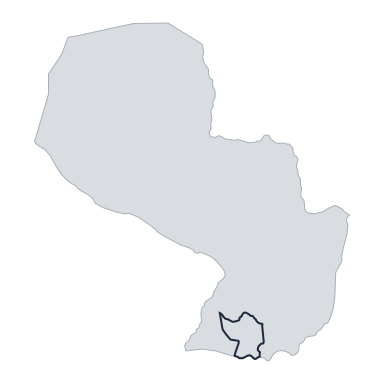 Misiones highlighted on a map of Paraguay
{"feature_id": "PRY-609", "entity_name": "Misiones", "entity_type": "Department", "adm_level": 1, "iso_a3": "PRY", "parent_name": "Paraguay", "parent_adm1": "", "projection": "mercator", "projection_center": [-57.038, -26.955], "detail": "fine", "context": "in_parent", "style": "outline", "palette": "slate", "viewbox_px": 384, "rotation_deg": 0, "n_neighbors": 0, "source": "natural_earth", "source_scale": "10m", "svg_char_len": 4843}
<svg xmlns="http://www.w3.org/2000/svg" viewBox="0 0 384 384"><path d="M202.7,58.0L203.6,60.9L204.1,63.1L205.3,64.7L206.5,66.8L207.8,68.0L208.6,70.0L208.4,72.3L208.9,75.2L209.5,77.7L210.1,78.4L211.9,79.0L212.8,81.3L212.1,82.5L212.4,83.8L213.0,85.1L212.4,86.3L212.8,87.3L214.0,88.2L215.1,91.3L215.2,96.8L214.0,99.7L213.0,102.1L212.7,103.6L213.5,105.7L212.2,108.2L210.7,111.3L211.1,113.4L211.4,115.4L211.5,117.5L211.9,119.5L211.4,121.7L210.9,123.5L210.6,125.7L211.2,128.1L210.1,130.4L209.5,132.0L209.3,133.6L210.4,136.1L213.2,137.2L215.5,137.4L217.6,136.1L219.2,135.7L222.1,136.9L224.9,139.0L228.3,139.3L231.4,139.7L233.8,140.4L237.3,139.6L240.9,140.4L245.1,141.6L248.5,142.7L252.0,142.4L254.6,142.3L257.3,141.1L259.9,141.2L261.9,139.0L263.0,137.2L264.0,135.8L266.9,134.8L268.9,135.4L270.5,138.9L273.3,140.9L274.4,142.4L276.5,143.1L281.1,143.2L284.0,143.1L287.2,144.1L289.3,144.1L291.2,146.0L292.9,148.3L293.1,152.4L294.7,155.7L296.9,156.9L298.0,158.9L297.6,161.7L296.6,164.5L296.7,167.6L297.8,170.4L297.8,173.3L298.6,176.1L300.1,178.5L300.6,182.4L300.3,185.3L301.3,186.9L301.7,189.2L301.1,191.1L300.8,193.6L300.9,195.9L301.7,197.8L303.9,200.3L304.5,204.6L304.5,207.6L305.5,211.1L307.4,212.7L310.4,213.3L313.8,213.8L318.0,213.0L321.8,212.0L323.9,211.1L327.9,208.5L331.5,207.0L333.4,206.1L335.1,205.4L338.7,207.0L342.1,209.1L344.7,211.9L349.5,215.0L348.6,215.8L346.6,218.3L346.7,221.3L348.0,225.7L346.8,234.8L343.1,248.8L341.6,257.0L342.2,259.3L340.8,263.4L335.7,272.2L335.5,278.1L334.9,296.0L333.2,308.6L330.3,318.0L327.6,323.0L325.3,323.6L323.6,325.1L322.5,327.5L320.6,329.5L317.8,331.1L316.2,332.8L316.0,334.7L313.3,335.9L308.2,336.5L305.1,338.0L304.2,340.5L302.5,342.5L299.9,343.9L298.7,346.4L298.9,349.7L297.4,352.7L294.3,355.1L291.5,355.2L288.9,352.9L285.5,351.3L281.1,350.6L277.5,351.2L274.6,353.1L272.0,356.1L269.8,360.3L267.3,361.0L264.5,358.2L261.0,357.3L256.8,358.4L253.5,358.0L251.0,356.2L247.2,356.0L242.0,357.4L231.5,355.8L215.8,350.9L202.4,349.1L186.1,350.9L184.7,345.9L185.5,343.2L188.2,341.2L189.9,338.9L190.5,336.3L192.4,334.3L195.4,333.0L196.6,331.6L196.2,330.3L196.8,329.0L198.5,328.0L199.5,326.3L199.8,324.1L200.4,322.9L201.6,322.1L201.7,320.5L201.0,315.7L201.1,311.7L201.9,308.6L202.9,306.7L203.6,306.3L204.3,305.1L204.6,303.3L205.6,301.5L210.9,298.0L212.8,296.0L213.0,294.3L213.8,291.9L216.9,286.8L217.8,284.4L217.9,283.1L219.0,281.9L222.7,279.1L224.8,276.4L225.1,273.9L224.2,271.0L222.1,267.8L215.4,259.9L210.2,256.3L203.6,253.3L199.3,252.3L197.2,253.4L195.0,252.6L192.9,249.9L189.3,247.8L181.6,245.4L164.2,236.2L157.3,231.7L155.0,229.0L148.5,224.0L137.8,216.9L129.7,213.5L124.0,213.7L114.9,211.6L102.3,207.3L95.1,203.1L93.2,199.0L88.5,195.0L81.2,190.9L77.4,188.2L77.1,186.9L74.9,185.3L70.9,183.2L66.4,179.6L61.6,174.6L56.4,166.9L50.9,156.5L44.9,149.5L38.6,145.8L35.4,143.4L35.4,142.3L34.5,141.1L35.3,139.1L37.6,131.2L41.0,119.8L44.4,108.0L48.5,94.1L48.5,84.2L48.5,73.9L54.3,65.4L58.4,59.4L62.0,53.6L65.6,43.8L68.0,37.3L77.2,35.8L92.7,32.4L100.5,30.7L116.9,27.1L133.5,23.5L151.0,23.3L167.9,23.0L181.0,31.1L191.0,37.3L202.0,44.2L202.7,45.6L203.5,51.4L202.7,58.0Z" fill="#d9dde1" stroke="#a8b0b8" stroke-width="1"/><path d="M242.1,358.3L240.6,358.2L240.3,358.2L239.4,358.2L239.0,358.0L238.7,357.8L237.7,356.9L237.3,356.8L237.3,356.7L235.6,356.3L235.2,356.2L234.8,356.0L234.6,355.7L235.3,352.8L238.6,343.2L238.8,341.6L238.6,341.0L237.5,340.7L230.7,339.6L230.4,339.5L226.1,334.4L223.0,330.0L222.6,329.1L222.4,328.4L219.8,313.0L221.0,313.6L221.7,314.5L221.9,314.7L222.3,314.9L222.6,315.2L222.8,315.6L223.0,316.4L223.2,316.7L223.4,317.0L224.4,317.5L224.6,317.8L224.8,318.2L225.1,318.5L225.6,318.8L228.3,319.4L228.8,319.6L229.1,320.0L229.5,320.4L230.0,320.6L231.0,320.9L231.6,321.3L232.4,321.7L233.4,321.8L236.7,321.1L238.7,320.4L239.1,320.1L239.4,319.7L239.5,319.2L239.5,318.5L239.5,318.0L239.7,317.6L240.0,317.3L240.6,317.1L240.9,316.9L241.0,316.7L241.2,316.3L241.4,316.1L241.8,315.9L242.0,315.6L242.1,315.3L242.2,314.9L242.4,314.4L242.8,313.9L243.2,313.4L243.8,313.0L244.0,312.8L244.3,312.7L244.7,312.6L245.1,312.6L245.4,312.6L245.8,312.6L246.0,312.7L248.3,313.9L249.1,314.5L250.3,315.5L251.0,315.9L251.7,316.0L252.2,315.9L252.6,316.1L253.0,316.2L254.3,318.3L255.4,319.0L255.6,319.3L255.9,319.8L256.2,320.4L256.9,321.5L257.5,322.1L259.1,323.2L259.7,323.5L260.2,323.6L261.4,323.6L262.0,323.8L262.4,324.1L262.4,324.5L262.4,324.9L262.2,325.3L262.1,325.5L262.2,326.0L263.7,341.3L263.6,342.7L263.3,343.4L261.4,343.7L261.1,343.8L260.8,344.0L259.8,345.1L259.5,345.4L259.1,345.6L258.7,346.0L258.4,346.7L257.9,348.4L257.8,349.3L257.9,350.0L258.1,350.4L258.3,350.7L259.7,351.9L259.8,352.2L260.0,352.5L259.8,353.0L259.7,353.2L259.6,353.5L259.7,356.7L258.1,357.2L256.1,358.7L254.8,359.0L254.7,359.0L253.4,358.1L251.1,355.8L249.8,355.3L248.4,355.4L247.0,356.0L243.3,358.0L242.1,358.3Z" fill="none" stroke="#1e293b" stroke-width="2"/></svg>